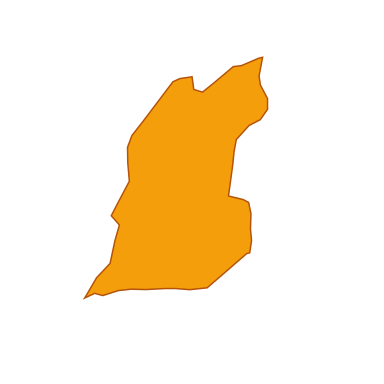 outline of Avesta, Dalarna, Sweden, rotated 128°
{"feature_id": "70781695B88125325572611", "entity_name": "Avesta", "entity_type": "district", "adm_level": 2, "iso_a3": "SWE", "parent_name": "Sweden", "parent_adm1": "Dalarna", "projection": "robinson", "projection_center": [16.37, 60.252], "detail": "fine", "context": "isolated", "style": "filled", "palette": "amber", "viewbox_px": 384, "rotation_deg": 128, "n_neighbors": 0, "source": "geoboundaries", "source_scale": "gbopen_adm2", "svg_char_len": 809}
<svg xmlns="http://www.w3.org/2000/svg" viewBox="0 0 384 384"><g transform="rotate(128 192 192)"><path d="M204.4,109.1L193.7,115.1L185.3,123.0L172.7,132.3L165.4,140.9L166.4,146.9L172.7,160.8L160.1,168.1L145.4,176.7L133.8,184.0L123.3,189.4L104.5,188.0L92.9,182.7L80.3,183.4L71.9,190.0L65.6,204.0L59.3,210.6L42.4,219.3L45.5,221.8L62.2,231.0L67.8,236.7L91.2,241.6L106.8,245.2L110.1,253.7L101.2,262.9L110.1,271.4L116.8,274.9L122.1,274.8L165.0,274.1L184.6,274.1L196.5,270.3L208.4,260.7L222.1,248.0L246.7,243.6L260.4,241.0L262.7,228.9L277.7,222.8L298.7,212.6L318.3,214.4L340.5,211.4L341.6,211.3L331.8,206.3L328.5,198.5L315.1,189.4L306.1,180.2L297.2,168.2L284.9,154.1L278.3,145.7L270.4,133.7L258.2,121.1L254.6,120.4L237.1,116.9L206.9,111.0L204.4,109.1Z" fill="#f59e0b" stroke="#b45309" stroke-width="1.5"/></g></svg>